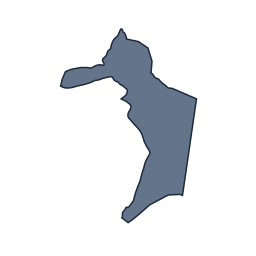 Boguis/Desa Blond, Dauphin, Saint Lucia (Robinson projection), rotated 216°
{"feature_id": "8701671B42677537488502", "entity_name": "Boguis/Desa Blond", "entity_type": "district", "adm_level": 2, "iso_a3": "LCA", "parent_name": "Saint Lucia", "parent_adm1": "Dauphin", "projection": "robinson", "projection_center": [-60.924, 14.012], "detail": "fine", "context": "isolated", "style": "filled", "palette": "slate", "viewbox_px": 256, "rotation_deg": 216, "n_neighbors": 0, "source": "geoboundaries", "source_scale": "gbopen_adm2", "svg_char_len": 5679}
<svg xmlns="http://www.w3.org/2000/svg" viewBox="0 0 256 256"><g transform="rotate(216 128 128)"><path d="M80.0,51.7L72.3,51.5L70.6,56.2L68.3,65.0L65.2,78.8L56.0,97.5L47.0,104.8L44.3,105.5L89.7,191.8L115.4,186.1L118.8,184.2L119.0,184.1L119.6,184.1L119.8,184.1L120.3,184.1L120.9,184.2L121.1,184.2L121.5,184.3L121.9,184.4L122.3,184.4L122.7,184.5L123.3,184.5L124.4,184.5L124.8,184.5L125.2,184.5L125.8,184.4L126.4,184.4L126.7,184.5L127.1,184.5L127.9,184.7L128.1,184.7L128.5,184.7L128.7,184.8L129.1,184.8L129.4,184.9L130.1,185.0L130.5,185.2L130.9,185.3L131.3,185.3L131.6,185.4L131.8,185.5L132.0,185.5L132.4,185.5L132.6,185.4L132.8,185.4L133.2,185.2L133.9,185.0L134.4,184.9L134.7,184.8L134.9,184.8L135.1,184.8L135.5,184.8L135.9,184.8L136.1,184.9L136.5,184.9L136.7,185.0L137.5,185.2L137.8,185.3L138.0,185.4L138.6,185.6L138.8,185.8L139.2,185.9L139.4,186.0L139.5,186.1L139.9,186.1L140.2,186.1L140.4,186.1L140.6,186.1L140.8,186.1L141.1,186.0L141.4,185.9L141.6,185.9L145.8,192.8L147.9,196.2L159.0,204.5L170.5,204.0L181.2,199.2L184.4,201.7L184.8,201.8L185.0,201.9L185.5,202.2L185.7,202.3L186.1,202.6L186.3,202.7L186.5,202.7L186.7,202.8L186.9,202.9L187.1,202.9L187.4,202.9L187.6,202.9L188.0,202.8L188.3,202.8L188.5,202.8L188.8,202.9L189.0,203.0L189.3,203.3L189.5,203.5L189.7,203.8L189.9,203.9L190.0,204.1L190.4,204.2L190.6,204.3L190.8,204.3L191.4,204.3L191.6,204.2L191.9,204.0L191.8,202.5L191.1,199.4L190.7,197.7L190.6,196.2L190.9,194.7L191.3,192.9L191.5,191.1L191.2,188.8L190.6,186.4L190.2,185.1L189.4,183.6L188.9,182.2L188.8,181.2L189.0,180.6L189.2,179.9L189.4,179.2L189.5,178.1L189.1,176.7L188.6,175.3L188.2,174.1L188.4,172.4L188.6,171.2L188.8,170.0L189.0,169.0L188.7,168.3L188.1,167.5L187.5,167.1L186.5,166.7L185.9,166.4L185.3,166.0L185.2,165.8L185.0,165.5L184.6,165.0L184.5,164.8L184.6,164.5L184.7,164.2L185.4,163.8L186.7,163.4L188.4,162.2L189.9,160.7L191.3,158.5L192.3,156.3L193.1,154.8L194.8,153.8L196.7,152.8L199.2,151.0L200.4,150.1L202.0,149.0L204.5,146.2L206.7,144.0L208.7,141.6L210.4,139.1L211.5,137.2L211.7,136.1L211.5,135.8L209.9,128.8L207.1,122.3L206.4,123.2L205.4,122.5L204.8,122.6L202.9,123.3L202.6,123.5L201.9,123.8L201.3,124.2L200.1,125.1L199.6,125.5L198.8,126.2L197.4,127.5L196.3,128.8L195.7,129.5L195.4,130.0L195.1,130.4L194.0,131.7L193.5,132.3L193.1,132.7L192.3,133.7L191.8,134.4L190.8,135.4L190.4,135.9L190.3,136.0L190.2,136.1L189.2,137.3L188.0,138.8L187.4,139.5L186.8,140.4L186.6,140.7L185.8,141.6L184.7,143.3L184.5,143.6L183.9,144.7L183.3,145.9L182.9,146.7L182.8,146.9L182.4,147.3L181.7,147.9L181.6,148.0L179.9,149.8L179.6,150.2L179.3,150.6L178.9,151.2L178.4,152.0L177.8,153.0L177.3,153.6L176.9,154.1L176.0,155.2L173.9,157.5L173.7,157.8L173.1,158.5L172.1,159.3L171.4,159.7L171.0,160.0L170.0,159.8L168.7,159.1L168.3,158.9L166.9,158.6L164.9,158.7L164.7,158.8L163.9,159.2L163.8,159.4L159.4,158.6L157.7,159.1L155.2,158.9L151.4,158.6L150.0,157.3L148.9,153.7L150.6,147.5L149.6,147.7L149.0,147.8L148.4,148.0L148.2,148.0L147.9,148.1L147.7,148.1L146.7,148.2L146.0,148.3L145.9,148.3L145.3,148.4L145.1,148.5L144.7,148.5L144.0,148.5L143.8,148.4L143.7,148.4L143.3,148.4L142.9,148.4L142.6,148.4L142.4,148.4L142.1,148.3L140.9,148.3L140.7,148.3L140.2,148.2L139.8,148.1L139.4,148.0L139.3,147.9L139.1,147.9L139.0,147.7L138.5,147.4L138.4,147.3L138.3,147.1L138.2,147.0L137.9,146.7L137.8,146.3L137.7,146.2L137.5,145.8L137.5,145.6L137.4,145.5L137.3,145.0L137.2,144.8L137.1,144.4L137.0,143.8L137.0,143.7L137.0,143.3L137.0,142.7L136.9,142.5L136.9,142.3L136.9,142.1L136.8,141.4L136.8,141.2L136.7,140.8L136.5,140.1L136.4,139.9L136.2,139.4L136.1,139.2L136.0,138.9L135.9,138.7L135.7,138.4L135.3,138.0L134.7,137.3L134.3,137.0L134.2,136.9L133.3,136.6L133.2,136.5L133.0,136.4L132.7,136.4L132.3,136.3L132.1,136.2L131.9,136.2L131.7,136.2L131.4,136.1L130.8,136.0L130.5,135.9L130.3,135.9L129.6,135.7L129.2,135.6L128.4,135.5L128.0,135.4L127.6,135.3L127.4,135.3L127.1,135.2L126.9,135.1L126.6,135.0L126.2,134.9L125.7,134.8L125.2,134.7L124.8,134.6L124.5,134.6L124.3,134.5L123.3,134.3L122.7,134.2L122.3,134.2L121.5,134.0L120.9,133.9L120.5,133.8L120.1,133.7L119.6,133.6L119.2,133.5L118.8,133.4L118.6,133.3L118.2,133.2L117.7,133.0L117.1,132.9L116.7,132.7L116.4,132.6L116.2,132.5L116.0,132.4L115.8,132.4L115.4,132.2L114.8,132.0L114.6,131.9L114.3,131.7L114.0,131.6L113.8,131.5L113.5,131.4L113.3,131.2L112.8,130.9L112.3,130.6L111.6,130.1L111.3,129.8L111.2,129.7L110.8,129.5L110.5,129.2L110.3,129.1L110.1,129.0L109.8,128.8L109.7,128.7L109.4,128.4L109.2,128.3L108.9,128.1L108.6,127.9L108.2,127.6L108.0,127.4L107.8,127.2L107.6,127.1L107.4,126.9L107.2,126.8L107.0,126.7L106.8,126.6L106.6,126.5L106.4,126.4L106.0,126.1L104.3,125.2L103.9,125.0L103.3,124.7L103.1,124.6L102.9,124.5L102.7,124.4L102.3,124.2L102.1,124.1L101.5,123.9L101.4,123.8L101.2,123.7L100.9,123.6L100.6,123.4L100.4,123.4L100.2,123.3L99.5,123.1L99.3,123.0L98.2,122.5L97.8,122.3L97.6,122.2L97.4,122.0L97.2,122.0L97.0,121.9L96.8,121.8L96.7,121.7L96.2,121.3L96.0,121.1L95.9,121.0L95.7,120.8L95.6,120.6L95.4,120.3L95.2,119.9L95.2,119.7L95.1,119.4L95.1,119.2L95.0,118.8L95.0,118.5L95.0,118.3L95.0,118.1L94.9,117.2L94.8,116.3L94.6,114.4L94.3,112.4L93.9,110.5L93.3,108.8L92.8,107.4L92.1,105.8L91.6,104.3L91.0,102.3L90.2,100.2L89.5,98.2L88.8,96.6L88.5,95.6L87.4,93.0L87.1,92.4L87.0,91.9L86.5,90.2L86.4,89.4L86.1,88.4L85.9,87.5L85.8,86.7L85.4,85.5L85.2,84.8L84.9,83.5L84.7,82.9L84.6,82.5L84.0,80.6L83.6,79.4L83.2,78.5L82.4,76.1L82.1,75.5L81.7,74.4L81.1,73.0L80.9,71.8L80.8,71.0L80.8,69.8L80.9,68.2L80.9,67.0L80.9,65.9L81.0,65.0L81.1,64.4L82.9,62.5L82.8,61.8L82.7,61.8L82.5,60.8L82.5,60.3L82.6,59.3L82.7,57.9L82.7,56.9L82.5,56.1L82.1,55.3L81.6,54.7L80.7,53.2L80.3,52.5L80.1,51.9L79.9,51.9L80.0,51.7Z" fill="#64748b" stroke="#1e293b" stroke-width="1.5"/></g></svg>